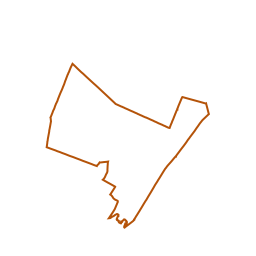 Necsesti, Teleorman, Romania (orthographic projection), rotated 149°
{"feature_id": "2599482B69205667822584", "entity_name": "Necsesti", "entity_type": "district", "adm_level": 2, "iso_a3": "ROU", "parent_name": "Romania", "parent_adm1": "Teleorman", "projection": "orthographic", "projection_center": [25.149, 44.256], "detail": "fine", "context": "isolated", "style": "outline", "palette": "amber", "viewbox_px": 256, "rotation_deg": 149, "n_neighbors": 0, "source": "geoboundaries", "source_scale": "gbopen_adm2", "svg_char_len": 5123}
<svg xmlns="http://www.w3.org/2000/svg" viewBox="0 0 256 256"><g transform="rotate(149 128 128)"><path d="M142.5,211.6L145.9,209.4L148.3,207.6L149.5,206.6L150.7,205.9L151.8,205.0L152.1,204.9L154.8,202.8L156.4,201.5L157.4,200.8L160.2,198.4L162.4,196.8L162.7,196.6L163.4,196.0L165.3,194.6L166.9,193.5L167.9,192.8L170.7,190.7L171.7,189.9L172.8,189.1L173.4,188.6L174.5,187.6L175.3,187.1L176.3,186.4L177.2,185.9L178.3,185.0L178.9,184.6L181.0,182.8L181.7,182.3L183.3,181.3L184.3,180.5L184.6,180.2L185.4,179.6L188.3,177.4L188.8,177.1L189.0,177.0L189.0,176.9L189.4,175.9L190.7,173.2L191.2,172.7L193.1,170.5L193.8,169.7L194.6,168.8L194.8,168.6L195.3,168.0L196.8,166.4L197.0,166.0L198.0,164.8L202.2,160.1L203.6,158.3L204.0,158.0L204.3,157.6L205.0,156.6L207.2,153.9L207.6,153.4L205.9,151.3L205.2,150.4L201.6,146.0L200.6,144.6L198.5,142.1L197.7,141.0L197.0,140.1L195.2,137.9L192.4,134.2L189.8,131.1L187.8,128.5L185.4,125.5L184.2,123.9L183.6,123.1L181.4,120.4L180.7,119.5L177.6,115.6L176.5,114.1L174.3,111.4L173.9,111.7L173.2,112.0L172.9,112.1L172.1,112.1L170.8,112.8L170.0,113.1L169.9,112.9L169.5,112.7L169.1,112.5L168.2,112.1L166.9,111.5L166.6,111.4L163.9,110.1L162.4,109.5L162.5,109.4L163.2,108.6L164.4,106.8L164.8,106.3L165.4,105.4L166.8,103.3L167.4,102.4L167.5,102.1L167.7,101.7L167.9,101.6L168.6,100.8L168.8,100.6L169.4,100.2L169.6,100.2L170.5,99.6L171.3,99.1L171.8,98.7L173.4,97.6L174.3,97.2L174.6,97.1L175.7,96.7L176.2,96.6L175.0,94.4L174.3,93.2L173.3,91.4L172.8,90.6L171.2,87.8L169.2,84.3L169.2,84.2L173.4,82.1L177.5,80.1L177.1,79.4L177.0,78.9L176.9,78.5L176.8,78.2L176.7,76.6L176.7,75.8L176.7,75.3L176.4,74.3L176.2,74.0L176.1,73.7L175.9,73.1L175.0,71.9L174.8,71.5L174.7,71.4L174.4,70.9L174.4,70.7L174.5,70.4L174.6,70.2L174.9,69.8L175.3,69.5L175.7,69.3L175.9,69.1L181.1,65.3L183.0,64.3L185.0,63.3L189.2,61.3L189.4,61.2L189.5,61.1L190.1,60.9L190.4,60.7L190.9,60.5L190.5,60.3L189.7,60.3L189.6,60.2L189.4,59.9L189.2,59.9L188.6,60.1L188.3,60.1L188.1,60.0L187.9,60.0L187.4,60.2L187.2,60.2L186.8,60.1L186.5,60.0L186.3,60.0L186.1,60.0L185.5,59.9L184.3,60.1L184.0,60.1L182.0,60.0L181.7,59.9L181.5,59.7L181.3,59.5L181.2,59.3L181.0,58.8L180.9,58.5L180.9,58.4L181.0,58.3L181.1,58.2L181.5,58.0L181.5,57.9L181.5,57.6L181.7,57.3L182.1,57.4L182.3,57.4L182.5,57.3L183.1,56.9L183.3,56.8L183.4,56.6L183.7,56.4L184.0,56.1L184.3,56.0L184.5,55.8L184.6,55.7L184.5,55.4L184.4,55.2L184.5,55.1L184.8,55.0L184.8,54.8L184.8,54.7L184.6,54.5L184.3,54.3L184.2,53.9L184.0,53.7L183.8,53.5L183.7,53.3L183.7,53.2L184.1,53.1L184.2,52.9L184.3,52.8L184.3,52.5L184.3,52.2L184.3,51.8L184.1,51.6L184.2,51.4L184.1,51.2L183.5,51.1L183.4,51.0L183.4,50.9L183.5,50.7L183.5,50.2L183.4,50.1L183.1,49.9L183.0,50.0L182.9,50.1L182.8,50.3L182.5,51.0L182.2,51.2L182.1,50.8L181.9,50.5L181.7,50.4L181.5,50.5L181.6,50.8L181.5,51.0L180.7,51.2L180.2,51.2L179.6,51.4L179.2,51.5L178.6,51.7L178.4,51.7L177.8,51.1L177.6,50.4L177.7,50.2L177.8,50.1L177.8,49.8L177.7,49.7L177.4,49.4L177.5,49.2L177.5,48.9L177.3,48.6L177.3,48.3L177.3,48.1L177.4,47.9L177.5,47.9L177.8,47.8L177.8,47.6L178.0,47.2L178.2,46.9L178.3,46.7L178.5,46.5L178.9,46.5L179.0,46.5L179.0,46.8L179.2,47.4L179.4,47.6L179.5,47.6L179.6,47.4L179.9,47.1L180.6,46.6L181.2,46.2L182.0,45.5L182.2,45.2L182.3,45.1L182.4,44.9L182.4,44.7L182.3,44.4L182.1,44.4L182.0,44.5L181.8,44.5L176.0,45.1L171.8,45.6L171.3,45.7L170.7,45.9L170.1,46.0L170.1,46.4L170.0,46.5L169.7,46.5L169.3,46.5L169.2,46.6L169.0,46.8L166.2,48.3L165.3,48.7L163.2,49.8L160.6,51.1L160.1,51.4L157.2,52.9L153.3,55.0L150.2,56.6L149.4,56.9L146.0,58.8L141.8,61.0L140.5,61.7L137.0,63.6L134.0,65.3L130.5,67.0L129.9,67.3L129.5,67.6L127.2,68.7L122.4,71.2L120.1,72.4L117.1,73.9L115.6,74.4L114.6,74.9L113.7,75.2L113.5,75.3L108.0,77.0L104.9,78.1L104.7,78.2L101.5,79.2L101.4,79.0L101.2,79.2L100.9,79.4L100.0,79.8L96.3,81.3L93.4,82.5L89.5,84.0L85.4,85.7L82.5,87.1L82.2,87.1L81.5,87.5L80.8,87.7L79.5,88.3L72.5,91.1L70.6,92.0L69.3,92.6L66.7,93.7L65.0,94.5L63.6,95.1L62.2,95.6L60.4,96.3L60.1,96.4L56.5,97.2L54.7,97.6L51.5,98.3L51.3,99.2L50.0,103.5L48.4,108.9L48.6,108.9L48.8,109.0L53.2,113.7L61.9,122.8L65.3,126.4L65.4,126.5L65.7,126.5L67.0,125.6L73.3,121.0L75.7,119.1L76.1,118.9L76.2,118.7L76.3,118.5L76.3,118.4L76.3,118.2L76.5,118.2L76.8,118.2L77.2,118.0L78.7,116.9L79.4,116.3L79.8,116.1L81.3,114.9L82.4,114.1L85.1,112.0L85.9,111.5L87.1,110.6L87.3,110.4L88.2,109.7L88.7,109.4L90.3,108.2L92.3,106.6L92.8,107.0L93.7,108.1L93.9,108.4L94.3,109.1L94.6,109.4L94.9,110.0L95.3,110.6L96.3,111.9L97.0,113.1L97.4,113.6L97.7,114.0L98.4,115.0L99.6,116.6L99.8,117.0L100.2,117.6L101.1,119.0L101.9,120.0L102.4,120.9L102.8,121.5L104.6,124.0L105.1,124.8L106.7,127.1L107.2,127.8L107.4,127.9L107.9,128.6L108.1,128.9L108.9,130.0L110.0,131.7L111.0,133.0L111.2,133.4L112.5,135.2L112.8,135.8L113.9,137.3L115.8,140.1L116.0,140.3L117.4,142.3L117.8,142.9L118.6,144.1L120.4,146.6L120.8,147.3L121.3,148.0L121.8,148.7L122.0,149.1L122.5,149.6L125.4,153.8L126.3,155.1L126.4,155.8L132.5,177.2L132.7,178.0L132.9,178.6L133.7,181.3L134.5,183.8L135.6,187.5L137.3,193.3L138.0,195.8L138.6,197.9L139.2,199.6L139.5,200.6L140.7,205.0L141.2,207.0L141.7,208.9L142.5,211.6Z" fill="none" stroke="#b45309" stroke-width="2"/></g></svg>